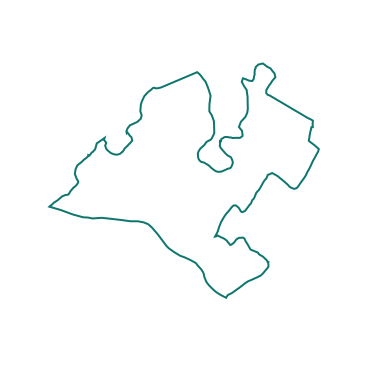 Al-Rahmaniyya, Al Buhayrah, Egypt, rotated 159°
{"feature_id": "37247803B62002284809719", "entity_name": "Al-Rahmaniyya", "entity_type": "district", "adm_level": 2, "iso_a3": "EGY", "parent_name": "Egypt", "parent_adm1": "Al Buhayrah", "projection": "albers", "projection_center": [30.587, 31.107], "detail": "fine", "context": "isolated", "style": "outline", "palette": "teal", "viewbox_px": 384, "rotation_deg": 159, "n_neighbors": 0, "source": "geoboundaries", "source_scale": "gbopen_adm2", "svg_char_len": 6027}
<svg xmlns="http://www.w3.org/2000/svg" viewBox="0 0 384 384"><g transform="rotate(159 192 192)"><path d="M58.2,186.7L59.9,189.9L60.5,191.1L62.0,193.6L64.0,196.8L64.6,197.9L63.0,200.6L62.0,202.6L60.6,204.7L60.2,205.4L58.3,208.1L57.3,209.7L56.0,209.3L55.3,211.5L53.6,215.3L55.0,217.2L55.8,217.9L56.7,218.9L57.2,219.4L57.9,220.2L58.9,221.5L60.4,223.4L63.1,226.8L66.3,230.8L67.9,232.8L71.5,237.4L76.9,244.2L78.8,246.5L82.0,250.6L85.1,254.5L85.5,254.8L86.5,255.6L87.2,257.4L87.1,258.1L86.7,259.1L86.1,260.4L85.8,260.7L84.6,261.7L83.1,262.8L81.3,264.2L80.3,264.7L79.6,265.2L78.5,266.1L76.7,267.3L73.0,269.3L72.5,273.2L73.6,276.3L74.4,279.3L76.5,281.5L79.8,286.6L84.4,287.2L87.8,285.8L88.3,284.7L88.8,284.3L89.2,283.9L89.6,283.4L89.9,283.0L90.9,280.9L91.3,279.4L92.5,277.9L92.9,277.4L93.2,276.7L93.8,275.5L95.9,274.0L98.9,275.5L101.0,277.7L103.7,279.9L104.5,278.9L105.0,278.3L106.1,276.9L105.5,272.5L104.4,267.4L104.9,265.9L105.9,261.3L106.9,258.5L108.4,254.4L110.1,249.6L112.2,245.9L115.4,242.9L121.2,240.0L124.9,235.9L123.4,231.1L124.6,226.3L126.2,225.7L127.3,225.4L128.7,225.6L130.6,226.5L134.9,227.9L135.2,228.2L136.2,229.0L137.7,229.6L138.6,230.3L141.3,231.5L142.6,231.5L144.1,231.2L145.7,230.9L146.7,229.0L147.6,229.6L148.0,228.5L148.6,226.8L149.6,224.9L149.4,223.2L149.3,222.6L148.5,220.2L146.9,215.9L145.7,213.4L144.4,211.9L143.3,210.6L143.1,209.2L143.0,207.8L143.1,206.6L143.2,205.3L143.4,204.8L144.0,203.7L146.4,201.3L147.6,200.6L149.6,200.8L151.0,200.8L151.4,200.8L153.1,200.7L154.6,200.6L155.2,200.6L157.3,200.5L157.9,200.7L159.7,201.2L160.6,201.6L161.3,202.1L162.5,203.1L163.8,205.0L165.5,207.9L165.8,208.5L166.2,209.5L166.6,210.5L169.4,214.1L170.2,215.1L171.6,216.2L172.6,216.8L173.0,217.4L173.4,218.3L174.0,220.0L173.8,222.9L173.4,223.4L173.0,225.3L172.1,226.7L171.6,227.2L170.7,228.1L170.2,228.4L168.4,229.7L167.9,229.8L165.4,230.8L163.6,231.4L162.3,232.4L160.6,233.5L159.5,233.7L155.4,234.2L154.2,235.1L152.4,236.7L150.1,239.0L149.4,241.0L148.5,243.4L147.2,247.2L146.8,248.5L146.2,250.0L146.1,251.9L146.1,254.3L146.0,256.2L146.3,257.9L146.7,259.9L146.9,261.1L146.0,263.4L144.2,267.8L140.2,275.1L139.8,280.6L139.7,284.3L139.8,290.2L141.0,293.5L141.8,296.6L142.7,299.2L144.2,302.0L182.8,300.7L183.5,300.7L184.3,300.8L185.0,300.9L186.9,301.1L187.8,301.5L188.7,301.8L190.1,303.0L191.5,303.0L193.3,302.2L195.3,301.6L196.8,301.2L202.0,298.7L206.4,294.5L208.5,291.8L211.3,285.9L211.5,281.7L213.5,278.8L218.0,277.0L225.9,276.5L227.5,275.6L229.0,274.8L230.9,272.9L231.5,272.3L231.8,270.4L231.0,270.9L230.7,270.0L230.6,269.4L230.1,268.0L230.0,267.1L229.0,265.1L228.9,264.7L229.2,262.7L229.3,261.9L229.4,261.4L230.5,260.8L231.4,260.3L232.1,260.0L233.1,259.5L234.3,259.0L235.3,258.4L236.6,257.9L237.6,257.4L238.4,257.1L239.5,256.6L240.5,255.7L241.4,255.1L241.9,254.6L242.6,254.4L243.4,254.3L244.2,253.9L245.8,253.4L247.7,253.6L249.2,253.9L250.9,254.9L251.7,255.5L253.3,257.0L253.8,257.4L255.5,260.4L256.4,262.4L256.6,264.2L256.5,265.0L256.4,266.0L256.4,266.5L255.8,267.1L255.1,267.9L254.6,268.4L254.4,268.9L254.8,269.9L255.3,271.6L255.5,272.1L254.2,273.8L257.7,272.9L263.5,271.5L266.3,267.7L266.8,267.0L267.2,266.5L268.8,265.8L269.5,265.3L270.1,265.1L270.9,264.9L271.6,264.7L272.8,263.9L273.3,263.6L274.7,262.8L275.6,263.7L276.2,262.6L277.6,262.0L278.5,261.7L279.3,261.4L280.3,261.2L281.1,261.0L281.8,260.7L282.4,260.4L283.1,260.1L284.8,259.4L288.1,258.4L289.4,258.0L290.9,256.6L292.6,254.9L293.5,253.3L294.3,251.8L294.9,250.7L294.9,248.5L294.9,245.3L294.4,242.8L294.8,241.7L296.9,240.1L299.5,238.9L301.0,238.6L302.8,237.6L305.0,236.4L308.3,233.9L311.2,234.5L313.0,234.5L314.7,234.5L316.8,233.7L317.8,233.4L319.1,232.9L319.9,232.6L320.5,232.4L321.8,232.1L324.3,231.7L326.1,230.9L327.4,230.3L329.9,229.6L330.4,229.4L321.2,222.4L311.5,213.9L302.7,207.4L298.2,205.4L294.5,203.0L285.4,200.2L275.9,195.3L268.6,191.5L259.9,186.7L252.9,184.0L247.9,180.9L244.5,177.7L242.3,173.6L239.1,164.7L235.1,150.5L233.8,147.7L230.3,142.4L225.7,136.5L222.7,134.0L218.0,129.2L213.9,124.3L212.9,120.9L211.2,116.8L210.7,114.5L210.4,113.1L210.4,111.3L210.9,108.6L210.9,105.7L210.7,102.5L209.7,99.1L208.2,95.6L206.0,91.0L203.1,86.8L198.1,81.0L197.7,81.4L196.7,82.1L195.6,82.9L190.2,83.5L187.8,84.2L183.1,85.4L182.1,85.6L181.0,86.0L178.0,86.9L175.8,87.6L174.6,87.9L171.8,88.5L170.0,88.6L168.1,88.6L167.3,88.7L164.7,88.8L164.1,88.9L163.4,88.9L161.7,89.0L159.3,89.3L157.7,89.4L155.1,90.5L154.1,91.0L152.0,92.2L148.5,94.1L147.2,95.2L147.0,95.9L146.4,98.0L146.1,98.7L145.8,99.2L146.5,99.5L146.5,100.3L146.6,101.4L148.9,106.2L151.0,108.8L151.8,110.0L152.1,111.7L155.3,114.8L157.9,117.2L158.2,118.8L158.9,123.6L159.0,124.3L159.4,125.7L159.6,127.2L159.7,129.6L160.7,131.1L164.8,132.4L167.0,131.9L167.8,131.7L168.7,131.1L169.4,130.6L170.7,129.9L171.0,129.6L173.9,128.8L175.3,128.8L177.1,134.4L177.4,134.8L178.4,136.5L180.1,138.4L180.8,139.0L181.4,139.7L183.6,142.1L184.6,142.0L185.5,141.9L186.5,142.1L184.2,144.0L181.9,146.1L181.7,146.5L180.7,147.7L179.6,149.1L177.9,151.1L176.9,152.1L176.1,153.0L175.3,153.8L174.0,154.8L173.6,155.2L172.5,156.0L170.3,157.8L169.5,158.3L168.2,159.2L166.8,159.9L166.3,160.2L165.1,160.7L163.8,161.6L163.2,161.9L162.3,162.4L161.2,163.1L159.7,163.9L158.9,164.2L157.9,164.5L156.8,164.1L156.0,163.8L155.4,162.9L154.9,162.1L154.6,161.6L154.1,160.5L153.9,159.9L153.6,158.1L153.2,156.1L152.3,155.2L149.3,155.3L147.9,156.2L145.4,157.7L143.4,159.1L141.0,160.2L140.0,161.3L139.1,162.4L138.5,162.9L137.7,163.2L136.4,163.8L135.1,165.2L132.2,168.3L130.0,169.4L128.6,170.0L124.5,173.3L122.4,175.2L119.9,177.0L118.8,177.5L117.7,178.0L116.6,179.2L115.1,180.8L112.7,180.8L110.4,181.0L109.0,179.3L107.6,177.7L106.9,176.8L106.1,175.7L105.3,174.2L104.1,172.2L103.1,170.5L102.0,168.4L100.9,166.3L100.3,165.2L99.7,163.8L98.9,161.6L98.1,160.8L97.5,160.1L95.5,158.3L94.3,158.2L92.9,158.1L90.8,159.2L88.7,160.7L86.7,162.0L81.8,165.2L79.7,166.8L77.5,169.0L76.4,169.9L73.9,171.9L71.7,174.0L69.7,176.0L67.6,178.0L65.6,179.6L64.2,180.8L63.6,181.3L62.0,182.7L60.8,183.7L59.7,184.6L58.6,186.2L58.2,186.7Z" fill="none" stroke="#0f766e" stroke-width="2"/></g></svg>